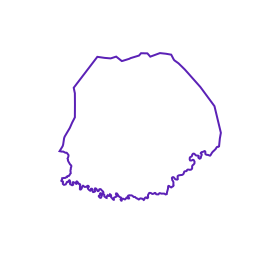 the district of San Juan Bautista Atatlahuca, Oaxaca, Mexico, rotated 148°
{"feature_id": "50627088B89810270526717", "entity_name": "San Juan Bautista Atatlahuca", "entity_type": "district", "adm_level": 2, "iso_a3": "MEX", "parent_name": "Mexico", "parent_adm1": "Oaxaca", "projection": "albers", "projection_center": [-96.715, 17.584], "detail": "fine", "context": "isolated", "style": "outline", "palette": "violet", "viewbox_px": 256, "rotation_deg": 148, "n_neighbors": 0, "source": "geoboundaries", "source_scale": "gbopen_adm2", "svg_char_len": 5649}
<svg xmlns="http://www.w3.org/2000/svg" viewBox="0 0 256 256"><g transform="rotate(148 128 128)"><path d="M44.9,124.3L48.8,147.4L50.9,156.1L52.7,160.5L52.9,161.3L52.9,162.1L52.5,167.3L56.4,170.8L61.2,174.6L71.3,176.7L72.0,181.0L77.3,184.5L80.3,183.6L88.8,185.9L90.2,186.0L97.1,187.8L97.8,188.1L100.2,194.8L105.8,196.2L110.6,199.8L116.3,204.6L152.7,190.9L154.3,186.6L154.6,185.7L160.5,176.1L167.4,165.2L172.6,162.1L177.3,158.9L186.2,154.3L187.6,153.2L191.8,148.3L193.1,147.2L198.3,144.6L196.6,143.0L195.5,142.4L194.7,141.1L194.3,140.3L193.2,139.6L193.1,139.3L193.0,138.9L192.8,136.7L192.9,136.4L193.5,135.6L194.4,134.8L195.5,134.1L195.6,133.1L196.1,132.4L196.3,131.4L196.4,128.0L196.3,127.5L196.0,126.3L196.6,125.2L197.5,124.6L198.4,123.3L199.0,122.9L199.8,121.7L199.9,121.2L200.1,121.0L200.5,120.0L201.9,119.5L202.4,119.1L203.0,119.0L203.5,118.7L204.7,119.2L205.4,118.8L205.5,119.0L205.9,119.2L206.7,118.9L207.4,118.9L208.1,119.1L208.7,119.6L210.5,120.3L211.2,119.2L212.2,118.9L212.5,118.6L212.6,118.3L212.4,117.9L211.6,117.2L211.6,116.9L211.7,116.6L212.5,115.8L212.9,115.0L212.4,113.7L210.7,113.2L208.9,114.2L208.6,114.5L208.2,114.5L207.5,114.0L207.0,114.1L206.6,114.5L206.4,114.6L205.4,114.8L205.3,114.7L205.2,114.3L205.3,113.7L205.5,113.0L205.8,112.5L206.4,112.0L206.7,111.6L206.8,111.2L206.8,110.8L206.6,110.5L206.3,110.3L206.1,110.0L205.9,109.3L205.6,109.0L205.1,108.9L204.5,109.0L204.2,110.5L203.8,111.0L203.2,111.2L202.9,110.7L201.7,109.2L201.5,108.0L201.2,107.9L200.8,108.0L200.4,108.5L200.2,109.2L200.2,109.8L199.9,109.9L199.6,109.7L199.4,109.2L199.4,108.4L199.2,106.3L199.1,106.1L198.7,106.1L198.5,105.6L198.6,105.3L198.7,105.0L199.2,104.7L199.7,103.9L200.1,103.2L200.5,102.7L201.2,101.7L201.2,101.4L201.1,101.1L200.8,101.0L200.5,100.9L199.5,101.2L198.9,101.6L198.3,102.3L198.0,102.6L197.1,102.9L196.7,102.9L196.5,102.6L196.3,101.6L196.1,101.1L195.6,100.8L194.5,100.2L194.1,100.2L193.5,100.4L192.9,100.4L192.3,99.9L192.3,99.0L192.8,98.7L193.8,98.6L194.0,98.1L194.1,97.5L193.8,96.0L193.3,94.8L193.1,94.7L192.9,94.8L192.1,95.3L191.6,96.0L191.4,96.0L191.0,95.8L190.8,95.6L190.7,95.2L190.7,94.9L190.9,94.4L191.6,92.9L191.6,92.4L191.5,92.1L191.0,91.9L190.3,91.7L189.6,91.7L189.4,92.0L188.9,93.3L188.7,93.6L187.9,94.2L187.5,94.0L187.3,93.7L187.1,93.2L187.1,92.6L187.2,91.4L187.2,90.8L187.0,90.4L186.6,90.2L186.2,90.2L185.9,90.4L185.0,91.1L184.7,91.2L184.1,91.0L183.6,90.6L183.5,90.2L183.4,89.4L182.9,87.6L182.9,86.5L183.1,86.3L183.3,86.2L184.4,86.0L185.5,86.1L185.5,86.9L185.9,87.3L186.5,87.2L186.7,86.5L187.1,86.0L188.6,86.0L189.0,85.5L188.9,84.3L188.6,83.6L188.1,83.2L187.2,83.6L185.6,84.9L185.3,85.4L184.4,85.1L183.6,84.6L183.5,84.0L183.7,83.4L184.1,83.0L184.3,82.6L184.2,82.2L183.6,80.6L183.4,80.2L183.2,80.0L182.5,80.9L181.8,81.4L181.3,81.6L180.9,81.7L180.9,81.0L180.1,80.4L179.7,80.2L179.4,80.6L178.9,81.2L178.4,81.4L178.1,80.6L178.0,80.1L178.3,79.2L178.8,78.7L179.0,78.2L178.6,76.4L178.7,75.8L178.3,74.8L178.1,74.6L177.9,74.7L177.6,75.5L177.3,76.0L176.8,76.3L176.4,76.3L174.4,76.0L173.9,76.0L173.5,76.4L173.4,77.0L173.5,77.6L173.3,78.4L172.7,78.8L172.2,78.5L172.1,78.1L172.0,77.7L172.0,76.4L172.1,75.5L172.1,75.0L171.7,74.5L171.5,73.6L170.9,72.9L170.8,72.4L171.2,71.9L171.5,71.7L172.2,71.3L172.3,70.5L172.2,69.9L171.8,69.8L171.3,70.3L171.1,70.6L170.8,70.9L170.5,70.9L169.9,70.8L169.5,70.5L168.9,69.6L168.5,69.1L168.0,69.0L166.3,69.7L166.0,69.5L165.8,68.9L165.5,68.5L164.8,67.8L164.4,67.7L164.1,68.5L164.1,68.8L164.4,69.3L164.7,69.6L164.7,70.0L163.7,70.5L163.1,70.4L162.6,70.3L161.7,69.6L160.7,69.0L160.3,68.4L160.0,67.7L159.8,66.6L158.7,65.9L158.0,63.8L157.3,63.1L157.1,62.4L156.9,61.8L156.5,61.6L155.0,61.8L154.6,61.6L153.9,61.0L153.6,60.5L153.1,60.2L152.9,58.9L152.8,58.6L152.6,58.6L152.4,58.7L152.1,59.0L151.5,59.1L151.0,59.6L150.4,59.8L149.7,59.7L149.4,59.6L149.2,58.6L148.8,58.2L148.6,58.1L148.3,58.2L147.7,58.5L147.4,59.0L147.3,59.4L146.6,60.5L144.6,61.6L144.1,61.5L143.8,61.4L143.0,60.6L142.6,59.7L142.3,59.2L141.7,58.9L140.7,58.7L139.9,58.8L139.5,58.6L139.2,58.3L139.3,57.5L139.1,56.8L138.7,56.5L138.4,56.3L137.9,55.9L137.3,55.6L136.4,56.0L135.7,56.0L135.3,55.7L134.4,54.6L132.2,53.3L131.9,53.0L131.4,51.8L131.2,51.7L130.2,51.4L128.9,52.9L126.3,55.3L124.8,57.3L124.3,57.4L123.7,56.8L123.4,55.4L122.9,54.8L122.6,54.6L122.4,54.6L122.1,54.8L120.8,54.8L120.6,54.7L120.4,54.8L119.8,55.1L119.6,55.5L119.6,55.9L119.5,56.0L119.3,56.2L118.6,57.4L118.2,57.9L118.0,59.0L118.1,60.2L117.3,62.3L116.8,62.6L116.2,62.6L115.7,62.4L115.3,61.7L115.1,59.8L114.9,59.3L113.7,58.2L112.9,58.2L112.8,58.3L112.8,58.6L112.2,59.5L111.8,60.4L111.3,60.9L110.8,60.9L110.4,61.0L109.7,60.8L107.9,60.0L107.2,59.6L106.3,59.5L106.0,59.5L105.0,59.8L104.8,60.0L103.5,61.1L103.2,61.2L102.3,61.0L101.7,60.6L101.1,60.5L100.0,61.1L99.5,61.1L99.0,60.8L98.6,60.6L97.8,59.8L96.7,59.3L95.4,59.5L94.9,59.9L94.0,61.4L93.5,61.9L92.7,62.2L92.0,62.2L90.5,62.7L90.1,63.2L89.4,64.2L89.3,65.4L89.3,66.1L89.5,66.4L90.0,66.7L90.9,66.7L91.8,67.0L92.3,67.4L92.5,67.6L92.4,68.5L91.5,69.9L90.8,70.3L89.4,70.2L89.0,70.2L88.2,70.7L87.7,71.3L87.0,71.6L86.4,71.7L85.8,71.4L85.4,70.9L85.2,70.0L85.0,69.1L84.8,68.6L84.3,68.2L83.2,67.4L82.9,67.0L83.0,66.5L84.0,65.6L84.0,65.3L83.6,64.1L82.7,63.9L82.3,64.0L81.5,64.7L81.4,64.9L80.9,65.3L80.0,65.9L79.5,66.5L79.4,66.9L79.7,67.5L79.8,67.8L79.7,68.0L79.2,68.4L78.3,68.5L77.9,68.3L76.7,68.0L75.7,67.9L75.2,67.8L75.0,67.4L75.1,66.6L75.8,65.7L76.1,65.0L76.1,64.5L75.3,63.4L74.7,63.0L74.1,62.4L73.6,61.6L73.1,61.1L72.4,61.2L71.3,61.8L69.7,62.6L68.4,63.0L67.1,63.2L65.5,63.6L65.3,63.6L64.4,63.9L63.8,64.3L62.8,64.7L62.0,64.6L61.5,64.2L60.9,64.3L60.5,64.2L55.6,70.5L51.8,74.7L43.1,100.7L44.9,124.3Z" fill="none" stroke="#5b21b6" stroke-width="2"/></g></svg>